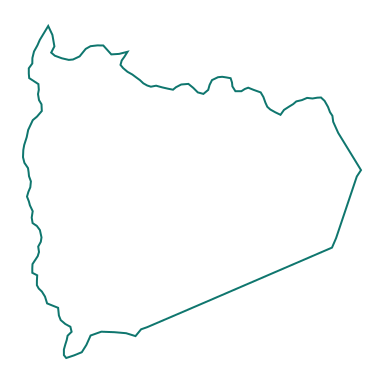 Turvânia, Goiás, Brazil
{"feature_id": "56859067B2101110431814", "entity_name": "Turvânia", "entity_type": "district", "adm_level": 2, "iso_a3": "BRA", "parent_name": "Brazil", "parent_adm1": "Goiás", "projection": "albers", "projection_center": [-50.164, -16.578], "detail": "fine", "context": "isolated", "style": "outline", "palette": "teal", "viewbox_px": 384, "rotation_deg": 0, "n_neighbors": 0, "source": "geoboundaries", "source_scale": "gbopen_adm2", "svg_char_len": 1814}
<svg xmlns="http://www.w3.org/2000/svg" viewBox="0 0 384 384"><path d="M127.5,51.8L119.1,53.9L111.3,54.4L103.3,45.5L97.3,45.4L90.5,46.2L85.7,48.9L79.6,56.4L73.0,59.5L68.8,59.9L61.9,58.3L54.8,55.7L51.2,52.6L54.4,46.4L52.4,34.9L48.2,26.0L39.8,39.9L37.4,45.4L34.0,51.5L32.4,58.0L32.3,63.5L28.8,68.3L28.8,73.7L29.2,78.1L38.4,84.1L38.8,89.8L38.0,94.1L39.0,100.1L41.5,104.3L41.8,111.0L37.0,116.6L32.8,120.1L28.2,129.9L26.7,137.2L24.2,145.0L23.3,150.1L23.0,157.2L24.4,162.8L28.0,168.1L28.6,172.2L29.0,176.2L30.9,181.4L30.3,187.3L28.4,191.8L27.0,196.6L28.9,201.5L29.9,205.3L32.7,211.2L31.7,217.6L32.6,223.1L36.9,226.0L39.9,230.1L41.5,237.4L40.8,241.8L38.2,246.6L39.0,252.0L37.7,256.2L32.5,264.1L32.3,268.0L32.3,272.8L37.2,275.3L36.9,280.9L36.9,285.2L38.7,288.5L41.9,291.6L45.0,296.6L47.1,303.4L53.3,305.9L58.1,307.8L58.9,315.5L60.7,320.1L65.3,324.0L70.4,326.8L71.6,331.8L67.6,335.7L66.7,340.1L65.4,344.2L63.9,349.5L63.9,355.1L66.2,358.0L74.0,355.4L81.8,352.2L86.4,344.9L90.6,335.5L101.3,331.7L114.5,332.2L126.1,333.2L135.5,336.1L141.1,329.3L147.1,327.2L197.0,305.8L332.0,247.6L336.1,238.1L356.8,176.5L361.0,170.1L338.2,132.9L333.2,121.8L332.4,115.8L330.0,112.2L328.0,106.9L324.6,100.9L321.0,97.5L317.2,97.7L312.5,98.5L307.1,97.9L301.9,100.1L296.3,101.4L293.2,104.1L289.1,106.6L284.0,109.9L280.5,114.8L275.3,112.3L270.3,109.5L267.3,106.8L265.4,102.6L263.4,97.0L260.7,92.4L253.7,89.9L248.2,87.7L244.8,89.0L241.4,91.2L235.4,91.2L232.4,86.4L232.0,82.5L230.6,78.2L226.2,77.4L222.2,76.8L218.0,77.2L212.0,80.1L209.6,84.9L208.2,89.9L203.4,93.9L197.8,92.4L193.2,87.8L188.4,83.9L181.2,84.5L176.0,87.2L173.0,89.7L168.0,88.7L162.3,87.4L156.1,85.7L150.9,86.7L147.2,85.5L143.3,83.3L139.9,80.1L136.6,77.7L132.3,74.5L127.5,71.8L123.1,68.1L120.5,64.9L121.7,60.5L124.5,56.6L127.5,51.8Z" fill="none" stroke="#0f766e" stroke-width="2"/></svg>